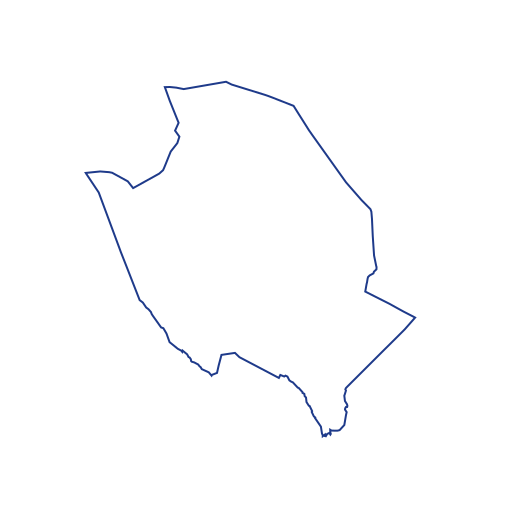 outline of Santa María del Rosario, Oaxaca, Mexico, rotated 325°
{"feature_id": "50627088B57696303957439", "entity_name": "Santa María del Rosario", "entity_type": "district", "adm_level": 2, "iso_a3": "MEX", "parent_name": "Mexico", "parent_adm1": "Oaxaca", "projection": "equal_earth", "projection_center": [-97.61, 17.342], "detail": "fine", "context": "isolated", "style": "outline", "palette": "blue", "viewbox_px": 512, "rotation_deg": 325, "n_neighbors": 0, "source": "geoboundaries", "source_scale": "gbopen_adm2", "svg_char_len": 2064}
<svg xmlns="http://www.w3.org/2000/svg" viewBox="0 0 512 512"><g transform="rotate(325 256 256)"><path d="M376.6,283.3L374.5,270.7L372.0,247.3L371.5,189.3L371.5,183.2L371.8,177.4L372.4,164.3L372.9,154.6L360.3,135.6L357.7,131.8L355.8,129.2L334.4,101.6L331.4,96.1L292.5,77.8L287.2,72.3L284.4,69.9L282.3,68.1L278.2,65.4L274.4,79.3L269.0,102.5L261.6,106.9L261.7,114.3L256.3,118.4L246.1,121.5L241.0,124.8L235.2,128.6L231.3,131.1L229.1,132.4L224.0,133.0L194.3,129.9L193.8,121.3L185.9,105.3L183.9,103.2L176.9,97.4L164.2,90.3L164.1,91.8L163.6,113.8L148.3,172.4L147.6,175.0L144.0,190.0L139.6,208.1L137.1,218.4L135.4,225.4L136.6,229.2L136.5,235.2L137.4,237.9L137.8,241.7L137.3,243.5L137.2,245.5L137.3,260.1L138.7,262.0L138.2,268.2L135.8,277.0L138.7,287.1L140.5,290.7L140.6,292.2L141.6,291.4L143.2,297.1L142.8,300.1L143.4,301.1L143.4,303.2L142.6,304.9L142.8,305.8L144.4,307.8L145.2,309.4L146.4,311.7L146.5,314.2L146.9,315.1L146.7,317.6L150.6,324.2L151.0,328.5L151.7,328.1L157.0,329.4L162.6,324.3L171.0,317.2L183.2,323.3L184.4,329.4L204.8,369.0L207.7,367.4L210.0,370.9L211.5,370.9L212.6,372.8L212.0,377.0L212.8,379.2L213.7,380.6L214.7,387.8L215.3,388.5L216.0,394.3L215.6,394.9L216.5,396.6L215.5,398.7L215.8,400.6L213.6,404.6L213.4,409.0L213.9,409.6L213.0,415.3L212.2,415.7L211.4,420.6L211.9,422.3L211.4,422.7L211.3,433.0L208.2,439.3L207.9,441.0L207.3,441.9L210.0,441.8L209.2,443.0L209.8,443.7L212.2,442.6L214.6,443.0L214.5,444.9L215.2,444.6L215.8,442.9L217.1,440.9L217.8,442.4L222.5,445.8L224.6,446.6L231.4,445.1L238.6,437.8L240.7,435.9L240.8,432.9L241.7,431.9L243.2,431.3L244.1,431.9L244.9,431.2L245.5,429.7L245.7,425.8L248.2,421.1L249.7,420.0L252.5,417.8L252.7,416.5L253.8,415.8L255.7,415.4L274.5,412.1L307.6,406.3L316.4,404.8L323.3,403.6L335.8,401.4L351.0,397.7L350.0,395.7L345.0,386.2L341.9,379.9L337.8,371.5L329.9,356.8L325.1,347.8L330.6,342.3L331.8,341.3L334.3,338.7L335.7,337.5L338.0,337.1L342.2,337.6L343.6,336.5L347.0,336.0L348.4,334.2L348.7,333.2L353.0,323.3L363.1,306.6L372.3,292.1L375.9,285.9L376.6,283.3Z" fill="none" stroke="#1e3a8a" stroke-width="2"/></g></svg>